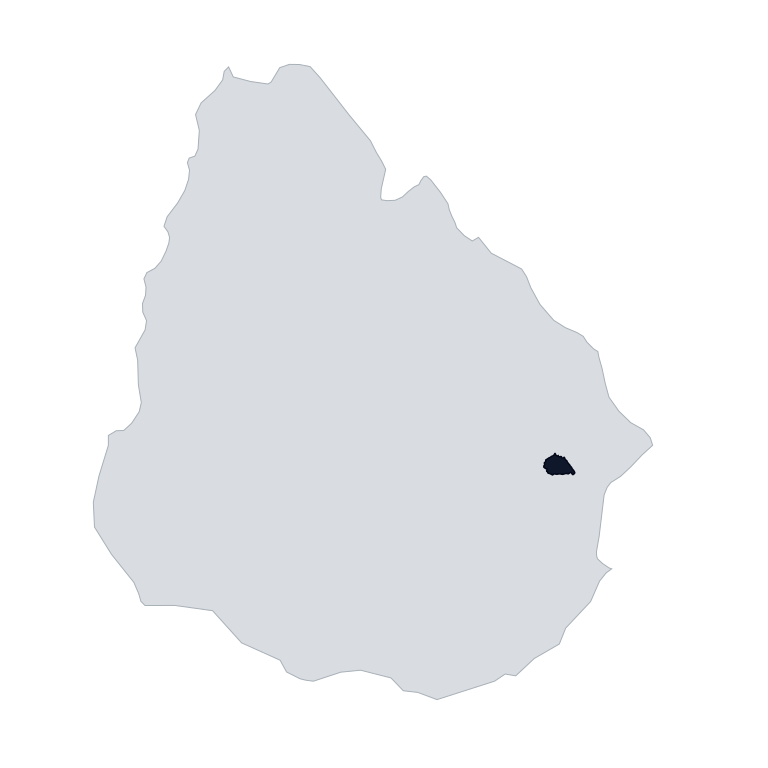 Vergara, Treinta y Tres, Uruguay (highlighted), rotated 7°
{"feature_id": "84410073B11484829939635", "entity_name": "Vergara", "entity_type": "district", "adm_level": 2, "iso_a3": "URY", "parent_name": "Uruguay", "parent_adm1": "Treinta y Tres", "projection": "natural_earth1", "projection_center": [-54.003, -32.979], "detail": "fine", "context": "in_parent", "style": "filled", "palette": "ink", "viewbox_px": 768, "rotation_deg": 7, "n_neighbors": 0, "source": "geoboundaries", "source_scale": "gbopen_adm2", "svg_char_len": 3006}
<svg xmlns="http://www.w3.org/2000/svg" viewBox="0 0 768 768"><g transform="rotate(7 384 384)"><path d="M632.5,539.7L627.5,544.4L622.0,553.3L615.6,574.7L594.1,604.1L589.7,620.7L566.6,638.1L550.3,657.6L539.6,657.1L530.1,665.4L475.0,690.8L455.1,686.0L440.5,686.1L426.8,674.9L395.7,670.9L376.2,675.3L350.1,687.6L342.2,687.5L336.6,686.8L322.4,681.7L314.5,670.8L274.2,658.3L241.5,629.9L203.1,629.3L173.8,633.0L169.2,629.3L166.1,622.0L159.9,611.4L134.3,586.3L114.1,561.3L109.9,536.8L112.3,510.1L117.9,478.5L116.7,468.6L124.0,463.0L131.3,461.9L138.3,453.7L144.4,441.4L145.4,432.0L140.3,414.7L136.6,390.4L132.5,378.4L140.3,359.4L140.6,350.1L135.8,342.0L134.5,333.6L136.5,325.0L136.0,316.8L132.9,308.9L135.1,302.3L142.5,297.1L147.9,289.2L151.5,278.5L153.3,270.3L153.3,264.6L151.0,259.3L146.4,254.3L148.4,244.4L157.1,229.5L162.7,216.3L165.1,204.7L164.9,195.4L161.9,188.3L163.1,183.5L168.5,180.9L170.8,173.5L169.8,154.8L164.1,139.5L168.2,127.3L180.5,113.2L186.8,101.8L187.3,93.2L191.1,88.2L197.0,97.6L214.6,100.0L232.3,100.4L235.2,98.0L242.0,82.7L251.1,78.3L261.1,77.2L272.0,78.0L283.6,88.1L316.6,121.2L340.9,144.2L348.2,155.1L354.6,163.2L359.5,170.7L357.5,190.4L357.9,199.0L359.0,201.5L364.5,201.7L372.7,200.3L379.5,196.1L384.8,189.8L390.0,184.6L394.3,181.9L395.8,177.7L398.2,173.4L400.7,172.5L405.5,175.7L416.7,186.9L425.5,197.3L427.6,203.2L431.0,209.4L434.6,214.8L437.1,220.1L445.6,227.0L454.2,231.3L459.9,226.9L474.5,241.1L506.6,253.1L512.5,260.3L518.0,270.6L529.2,286.1L544.7,300.1L557.2,306.0L569.2,309.4L575.9,312.4L580.4,317.8L587.7,323.6L592.3,325.7L593.9,330.9L598.6,342.2L603.5,356.4L608.9,369.7L620.5,382.4L633.6,392.3L647.2,397.9L654.8,404.9L658.1,412.1L648.9,422.8L639.0,436.2L630.1,446.8L621.1,454.2L618.1,459.3L616.0,467.2L616.1,509.0L615.3,524.6L616.0,528.7L617.2,531.5L622.9,535.6L629.7,539.1L632.5,539.7Z" fill="#d9dde1" stroke="#a8b0b8" stroke-width="1"/><path d="M582.5,450.9L582.7,450.5L583.3,450.4L584.2,449.0L584.0,448.4L583.2,447.2L582.2,446.2L580.6,444.7L580.5,444.1L578.6,442.4L578.2,441.7L577.1,440.8L576.4,440.0L575.9,439.7L575.3,438.9L574.9,438.0L573.6,437.2L572.9,436.4L572.4,435.9L572.1,435.0L571.7,434.8L571.1,435.4L570.3,435.8L569.8,435.8L568.9,434.5L568.4,434.4L567.7,434.7L566.9,434.9L566.4,434.8L565.8,434.1L565.6,433.8L565.1,434.2L564.8,434.5L564.1,434.1L563.5,433.7L563.0,433.5L562.8,432.9L562.6,432.4L562.2,432.1L561.9,432.4L561.8,433.2L561.2,433.9L560.2,434.9L558.9,435.5L558.0,436.6L557.0,437.0L555.7,438.1L553.8,439.7L553.9,441.0L553.5,441.9L552.8,442.6L552.8,443.1L553.2,443.8L553.1,445.1L552.6,445.9L552.8,447.1L554.1,447.9L555.1,448.4L555.8,448.3L556.1,448.7L556.3,449.4L556.0,450.3L556.1,450.8L556.4,451.0L557.2,451.3L557.3,452.0L557.8,452.5L559.4,452.7L560.3,452.9L561.0,453.3L562.4,453.7L563.6,452.7L564.3,452.3L565.2,452.5L566.6,452.5L569.5,451.7L571.1,451.9L572.4,451.9L575.5,450.6L577.2,450.7L578.1,450.6L579.0,449.8L579.4,449.2L580.1,449.0L580.5,449.0L580.7,449.3L581.3,450.0L581.9,450.6L582.5,450.9Z" fill="#0f172a" stroke="#020617" stroke-width="1.5"/></g></svg>